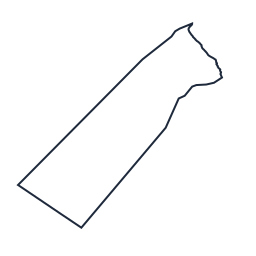 Daba, Matruh, Egypt, rotated 46°
{"feature_id": "37247803B11415934472050", "entity_name": "Daba", "entity_type": "district", "adm_level": 2, "iso_a3": "EGY", "parent_name": "Egypt", "parent_adm1": "Matruh", "projection": "albers", "projection_center": [28.255, 29.877], "detail": "fine", "context": "isolated", "style": "outline", "palette": "slate", "viewbox_px": 256, "rotation_deg": 46, "n_neighbors": 0, "source": "geoboundaries", "source_scale": "gbopen_adm2", "svg_char_len": 1847}
<svg xmlns="http://www.w3.org/2000/svg" viewBox="0 0 256 256"><g transform="rotate(46 128 128)"><path d="M144.2,64.8L142.8,53.1L144.6,49.0L151.1,41.5L155.2,34.7L156.9,25.8L157.0,25.3L156.8,25.2L156.7,25.2L155.9,25.0L155.0,24.6L154.6,24.4L154.0,24.2L153.4,24.0L153.3,23.7L153.2,23.4L152.9,23.2L152.8,22.7L152.5,22.3L151.7,22.2L151.3,22.1L150.7,21.9L150.4,21.7L150.0,21.3L149.9,21.0L149.6,21.0L148.9,21.0L148.0,21.2L147.7,21.2L147.3,21.1L147.1,21.0L146.6,20.9L146.2,20.9L146.0,20.5L145.8,20.4L145.4,20.3L144.9,20.3L144.1,20.2L143.6,20.0L143.4,20.0L143.2,19.7L143.1,19.4L143.3,19.1L143.2,19.0L142.9,19.0L142.6,19.0L142.4,19.0L142.0,18.9L141.6,18.5L141.0,18.2L140.3,17.7L139.6,17.5L139.2,17.7L138.0,17.9L137.5,18.0L136.7,18.2L136.0,18.4L135.5,18.6L134.8,18.8L134.2,19.0L133.5,19.2L132.7,19.4L132.2,19.5L131.7,19.6L131.3,19.6L130.9,19.6L130.2,19.4L129.4,19.3L129.0,19.2L128.3,19.1L127.5,19.1L127.0,19.1L126.5,19.0L125.9,19.1L125.4,19.1L124.8,19.0L124.2,19.0L123.5,19.1L122.7,19.1L122.4,19.1L121.9,19.0L121.6,18.8L121.3,18.7L120.7,18.5L120.5,18.4L120.2,18.3L119.9,17.9L119.5,17.6L119.2,17.5L118.4,17.7L117.9,17.6L117.5,17.5L117.2,17.5L116.6,17.5L116.0,17.6L115.7,17.6L115.3,17.6L114.6,17.7L114.1,17.8L113.4,18.0L113.1,18.0L112.5,18.0L111.5,18.1L111.3,18.0L111.1,17.9L110.7,18.0L110.3,17.9L109.9,17.9L109.4,17.9L108.7,18.0L108.2,17.9L107.6,18.0L107.4,17.9L107.2,17.8L107.0,17.7L106.3,17.6L105.3,17.7L104.8,17.5L104.4,17.5L103.6,17.4L103.0,17.3L102.3,17.1L101.7,17.1L101.3,17.0L100.6,16.7L99.8,16.4L99.5,16.2L99.0,15.9L98.6,15.3L98.4,15.0L98.4,14.6L98.3,14.1L98.3,13.7L98.1,13.4L98.0,13.2L97.8,13.0L98.0,12.5L98.0,12.1L98.0,11.8L98.2,11.4L98.2,11.2L98.1,10.6L98.0,10.3L97.8,9.7L97.4,9.3L92.4,21.8L91.2,26.8L92.4,33.2L88.7,69.8L92.6,246.7L143.6,235.9L167.3,230.8L154.0,100.7L142.0,71.0L144.2,64.8Z" fill="none" stroke="#1e293b" stroke-width="2"/></g></svg>